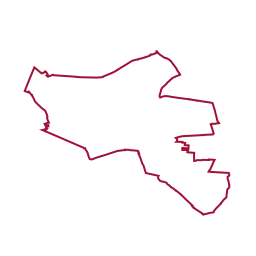 Tytsjerksteradiel, Friesland, Netherlands, rotated 185°
{"feature_id": "6326949B88098552401635", "entity_name": "Tytsjerksteradiel", "entity_type": "district", "adm_level": 2, "iso_a3": "NLD", "parent_name": "Netherlands", "parent_adm1": "Friesland", "projection": "natural_earth1", "projection_center": [5.945, 53.205], "detail": "fine", "context": "isolated", "style": "outline", "palette": "rose", "viewbox_px": 256, "rotation_deg": 185, "n_neighbors": 0, "source": "geoboundaries", "source_scale": "gbopen_adm2", "svg_char_len": 5438}
<svg xmlns="http://www.w3.org/2000/svg" viewBox="0 0 256 256"><g transform="rotate(185 128 128)"><path d="M163.5,93.8L162.0,93.5L161.6,93.5L161.1,93.6L160.6,93.9L160.1,94.1L156.8,95.7L152.8,97.4L149.9,98.5L138.9,103.2L137.9,103.6L136.3,104.3L132.4,105.1L131.4,105.4L128.8,105.7L128.4,105.9L128.6,106.2L126.7,106.2L125.9,106.3L125.3,106.3L124.8,106.4L124.0,106.1L121.6,106.1L121.3,106.3L120.3,106.1L119.0,106.2L118.5,106.1L116.0,106.1L115.6,105.3L115.6,104.9L115.3,104.9L114.8,103.8L115.1,103.8L115.2,103.7L115.4,103.4L115.3,103.2L115.2,103.0L115.0,102.8L114.9,102.5L114.5,102.1L114.3,101.5L113.9,100.9L113.5,100.0L112.9,99.0L112.4,97.7L112.0,96.9L111.8,96.3L110.9,94.4L110.7,93.8L110.5,93.6L110.3,93.3L109.8,92.7L109.3,92.0L106.3,84.7L93.4,83.0L93.5,82.8L93.7,82.3L93.6,82.0L93.7,81.7L93.6,80.6L93.3,80.1L92.7,79.5L91.4,78.1L90.1,77.8L89.6,77.7L89.0,77.7L85.6,77.1L85.1,76.9L84.6,76.5L84.1,75.7L83.9,75.5L83.1,75.0L81.9,74.5L81.6,74.1L81.1,73.8L80.3,73.0L80.2,73.1L79.4,72.5L79.1,72.4L78.6,72.3L78.1,72.0L74.8,69.7L74.7,69.9L71.1,67.5L69.4,66.2L69.2,66.3L68.9,65.8L68.3,65.4L68.0,65.1L66.8,64.2L64.6,62.3L57.1,56.4L57.5,56.1L57.1,55.7L56.9,55.2L55.3,54.4L55.2,54.3L55.4,54.0L45.5,48.8L45.9,48.6L45.4,48.2L44.6,48.7L44.0,48.8L40.3,50.1L38.1,50.8L35.5,51.4L35.3,51.6L35.2,51.8L35.2,52.4L35.2,52.6L34.5,53.7L34.0,54.5L33.3,55.4L32.7,56.2L32.6,56.5L31.5,57.5L30.5,58.8L30.3,59.2L29.7,59.9L28.9,60.6L28.8,60.9L28.8,61.3L28.6,61.3L28.1,62.3L26.0,65.4L25.2,66.1L25.1,66.3L24.3,67.0L24.1,67.3L23.9,68.1L23.9,68.5L24.0,70.0L24.0,70.9L23.7,72.4L23.8,73.2L23.7,75.3L23.4,75.9L22.3,77.1L22.1,77.5L21.9,78.3L22.1,79.4L22.1,80.0L22.3,80.1L22.4,80.7L22.7,81.7L23.0,83.2L23.1,83.6L23.6,84.2L23.7,84.6L24.0,85.4L24.4,86.6L24.5,87.3L24.5,88.0L23.7,88.6L23.8,88.8L23.2,89.3L23.1,89.5L22.9,90.2L23.2,90.8L23.8,91.6L23.8,92.0L38.0,91.6L42.3,91.5L43.9,91.5L43.5,92.3L43.1,93.2L42.8,93.6L42.3,94.1L42.2,94.7L41.9,95.6L41.6,96.5L41.2,97.2L41.2,97.7L40.7,99.0L40.5,99.8L40.1,100.8L40.1,101.2L39.6,102.1L39.4,102.8L39.0,103.8L44.7,103.7L44.7,103.1L50.9,102.8L51.7,102.4L52.0,102.3L56.6,102.0L57.1,101.8L57.3,101.4L57.8,101.2L59.3,101.0L59.5,103.8L59.9,107.4L59.9,109.0L66.8,109.0L66.8,109.5L66.4,109.5L66.2,111.1L69.7,111.1L72.0,110.9L72.0,111.7L71.9,112.1L72.1,112.5L72.1,112.9L66.0,112.9L66.1,116.0L68.1,115.9L70.0,115.9L69.7,118.1L72.7,118.2L72.7,118.9L78.7,118.5L78.1,119.3L78.0,119.5L78.0,119.9L78.1,120.5L78.0,121.0L78.2,121.4L78.4,121.5L79.2,121.9L79.6,122.3L76.0,123.7L74.4,124.2L72.7,124.6L70.8,124.9L54.7,127.2L54.3,127.3L53.2,127.3L53.2,127.5L46.0,128.6L45.8,128.5L42.8,129.0L42.7,129.2L42.8,129.4L42.7,129.6L42.5,129.9L42.2,130.1L42.7,131.3L43.7,133.7L43.8,134.2L44.1,134.7L45.0,137.0L46.0,138.8L46.0,139.0L45.6,139.2L43.6,139.7L43.3,139.7L42.8,139.6L42.6,139.6L38.5,140.6L38.2,140.7L37.7,140.8L37.8,141.0L38.0,141.0L38.3,141.3L38.9,141.9L39.2,142.3L39.7,143.3L40.1,144.2L41.1,147.6L42.2,150.4L42.8,152.5L44.3,156.2L44.5,156.6L44.8,157.5L45.9,160.1L46.2,160.2L47.8,160.5L54.8,160.9L58.8,161.2L61.8,161.5L61.9,161.3L62.0,161.4L66.3,161.7L69.0,162.0L68.9,161.8L72.7,162.1L74.2,162.1L86.2,162.7L89.4,163.0L90.6,163.1L93.3,163.1L94.9,162.8L96.5,162.2L97.2,161.8L98.6,161.2L99.3,162.2L99.4,162.3L99.4,162.6L99.1,164.7L98.8,165.8L98.4,168.5L98.1,169.8L97.7,170.6L97.1,171.5L94.5,174.2L93.4,175.6L93.3,175.9L92.5,176.9L92.0,177.4L91.5,178.0L90.8,178.5L90.5,179.1L88.9,180.7L88.9,180.8L88.4,181.4L87.2,182.2L85.7,183.0L85.4,183.3L82.7,184.6L82.1,185.0L81.2,185.3L80.7,185.6L80.9,186.1L81.0,186.3L82.7,188.2L84.5,190.3L84.6,190.5L84.6,191.0L85.0,191.5L86.6,193.3L87.2,194.1L87.9,194.7L89.3,196.3L90.1,197.3L91.2,198.4L91.7,198.9L91.9,198.9L93.1,199.7L94.1,200.2L94.6,200.5L95.1,200.6L96.3,201.0L97.4,201.1L97.5,201.1L97.9,201.2L98.6,201.7L100.0,202.4L100.3,202.6L102.0,203.5L103.0,204.1L105.0,205.9L106.3,207.3L106.5,207.8L106.2,205.9L106.2,205.6L106.4,205.7L106.6,205.5L106.5,205.1L109.7,203.5L110.3,203.3L110.7,203.3L111.5,203.4L111.7,203.2L112.2,202.8L112.1,202.7L112.0,202.4L112.3,202.2L112.9,201.9L113.1,201.7L113.4,201.5L114.9,200.9L115.8,200.5L116.8,200.2L117.1,199.9L121.5,198.2L122.2,198.1L123.3,197.7L124.4,196.9L124.9,197.1L129.7,195.3L135.3,191.1L140.1,187.6L140.4,187.4L140.6,187.4L140.7,187.1L142.7,185.7L143.0,185.5L142.9,185.4L143.6,184.9L146.5,182.8L147.8,182.1L148.0,181.9L157.5,176.9L157.5,176.6L158.0,176.4L163.5,175.5L180.1,174.4L180.3,174.5L183.3,174.3L183.6,174.5L184.0,174.6L184.6,174.5L207.2,174.1L207.5,174.5L208.2,174.1L212.2,172.1L213.7,173.2L213.1,173.6L212.6,173.8L212.6,174.1L212.6,174.4L213.7,175.7L214.9,176.9L215.1,176.7L216.0,176.2L216.1,176.5L216.4,176.2L216.9,175.8L218.7,174.8L226.6,180.2L227.0,178.8L228.2,175.1L230.6,167.5L234.1,155.8L230.2,154.8L229.9,155.5L227.1,152.7L226.7,152.6L226.8,152.4L225.8,151.1L224.8,149.6L224.7,149.4L224.4,148.9L223.9,148.1L223.3,146.8L223.0,146.5L220.9,144.5L216.8,141.2L214.3,139.4L212.5,138.5L212.3,138.4L211.3,136.9L210.5,135.1L210.0,134.4L209.3,132.4L209.3,131.8L209.5,130.9L209.2,130.1L208.4,128.4L207.2,126.5L208.3,126.2L208.6,126.1L209.5,125.7L211.4,124.8L211.2,124.6L210.5,123.3L207.8,123.9L207.8,123.7L207.6,123.6L207.4,122.7L209.7,122.2L209.7,121.7L209.4,121.2L209.2,121.0L208.4,120.3L208.5,120.2L209.6,119.9L210.1,119.7L209.7,119.6L209.6,119.4L213.0,118.5L192.0,111.6L191.2,111.3L169.8,104.2L169.8,103.9L169.0,104.1L168.9,103.9L168.8,103.6L168.3,102.7L166.6,100.6L166.1,99.7L165.9,99.1L165.1,97.2L164.4,95.5L163.5,93.8Z" fill="none" stroke="#9f1239" stroke-width="2"/></g></svg>